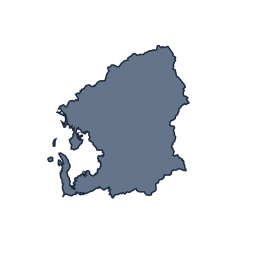 Puno, Puno, Peru (Albers equal-area conic projection), rotated 206°
{"feature_id": "86281439B67596976235519", "entity_name": "Puno", "entity_type": "district", "adm_level": 2, "iso_a3": "PER", "parent_name": "Peru", "parent_adm1": "Puno", "projection": "albers", "projection_center": [-69.905, -16.067], "detail": "fine", "context": "isolated", "style": "filled", "palette": "slate", "viewbox_px": 256, "rotation_deg": 206, "n_neighbors": 0, "source": "geoboundaries", "source_scale": "gbopen_adm2", "svg_char_len": 5820}
<svg xmlns="http://www.w3.org/2000/svg" viewBox="0 0 256 256"><g transform="rotate(206 128 128)"><path d="M198.7,115.1L198.4,115.6L197.9,115.4L197.8,115.9L196.8,115.8L195.2,114.2L192.3,113.5L192.0,112.6L190.7,113.0L189.2,112.0L187.7,110.2L187.0,108.1L186.4,108.3L186.5,107.0L185.7,107.1L185.2,105.4L184.4,105.6L181.6,104.5L180.8,102.8L180.0,102.5L179.5,103.0L179.2,103.6L179.9,104.3L179.3,105.2L179.0,103.8L177.7,103.4L176.8,102.3L176.4,104.1L175.9,102.9L176.4,102.8L176.5,102.7L175.1,101.5L174.4,98.6L174.7,97.9L174.0,97.7L173.6,95.4L174.5,94.1L174.5,92.6L175.6,91.9L173.0,89.0L171.1,88.1L170.4,85.0L169.7,84.2L168.8,84.8L166.2,84.8L166.8,84.8L164.1,88.1L164.4,90.5L163.8,91.3L164.0,92.4L163.0,93.6L163.0,95.2L163.4,97.2L163.8,96.8L165.1,97.4L165.4,96.1L166.4,96.0L166.5,97.4L167.7,96.9L168.2,97.3L167.8,98.5L167.2,98.7L167.7,99.4L168.8,99.4L168.3,98.0L169.1,97.9L169.0,97.2L170.7,98.9L170.8,99.5L169.9,99.5L169.8,100.1L170.9,99.7L171.3,100.1L170.8,101.3L172.0,100.4L173.0,100.9L173.3,104.4L173.8,104.8L172.8,106.6L172.3,105.5L169.3,105.6L168.2,103.9L165.0,103.9L165.5,105.4L165.1,105.8L163.6,103.7L164.1,105.1L163.2,106.2L163.8,107.3L162.6,106.5L161.5,107.1L160.7,106.5L160.3,104.7L158.2,103.1L158.2,100.8L156.9,99.5L155.8,99.9L152.8,99.1L152.4,98.1L147.9,96.3L146.2,94.6L141.5,96.7L140.5,96.0L140.4,95.0L138.6,94.6L138.1,92.7L138.8,92.4L138.0,92.2L138.1,91.4L141.4,90.5L142.5,89.7L141.8,87.3L140.8,86.8L140.0,85.1L139.5,85.5L138.8,85.2L139.0,85.9L138.0,85.5L137.2,84.8L136.4,82.6L135.6,82.0L135.9,81.1L135.5,79.7L135.9,78.7L137.2,77.9L136.8,76.1L136.4,76.3L135.7,74.9L136.4,74.0L136.3,72.8L136.9,72.8L137.0,72.2L137.3,72.5L138.0,70.1L139.1,69.3L142.3,69.9L143.2,71.5L144.5,72.2L146.0,71.6L146.5,70.9L146.1,70.1L147.3,69.5L146.2,69.4L147.5,69.4L145.5,68.0L146.5,68.1L146.5,66.7L145.8,66.6L145.6,66.0L146.3,66.6L146.9,65.8L147.5,66.3L147.2,66.8L148.5,67.5L148.1,66.8L148.7,67.0L149.8,65.7L149.6,64.8L150.4,64.5L149.7,64.6L149.8,64.1L150.3,64.3L151.7,62.8L151.8,60.6L152.6,60.9L153.2,60.3L153.6,58.8L152.9,57.9L151.5,57.9L151.0,58.7L151.6,57.4L151.1,57.0L151.8,57.2L152.0,56.6L152.1,57.2L153.0,54.6L152.0,54.4L151.6,53.3L151.5,54.3L150.7,54.2L151.1,52.9L152.0,52.3L151.5,51.5L151.6,52.1L151.1,52.1L151.3,51.4L153.4,51.1L152.2,50.4L152.3,50.8L151.9,50.7L151.6,49.9L149.8,50.7L149.7,50.0L148.9,49.7L149.2,49.2L150.7,49.8L151.8,49.4L153.2,50.7L154.7,50.5L156.8,54.1L156.7,54.9L158.2,55.9L158.5,57.1L160.9,58.3L162.4,59.8L163.9,62.0L163.1,63.7L163.0,67.6L163.9,69.2L166.2,70.8L167.4,72.5L172.0,75.4L177.5,76.0L178.9,74.9L177.4,73.3L172.8,70.4L170.1,67.5L170.8,66.3L174.1,68.6L175.7,69.0L176.3,68.6L174.8,64.9L173.4,64.1L173.1,65.4L171.6,65.6L169.8,64.2L169.2,63.1L169.5,62.3L168.5,61.2L169.4,59.8L168.5,59.7L168.1,58.7L169.2,57.7L166.8,54.1L164.3,52.3L163.2,49.9L161.5,49.4L161.7,47.8L160.9,45.9L159.3,43.6L157.3,42.1L156.3,39.8L156.6,37.2L156.1,39.6L154.9,41.5L150.3,41.9L148.6,42.7L148.1,44.0L145.5,46.0L146.4,46.5L146.5,47.7L145.2,48.1L144.6,47.5L143.7,47.7L142.5,48.8L142.6,47.3L141.7,47.0L140.5,48.5L139.2,48.5L138.6,49.4L141.1,49.7L137.0,50.6L134.4,54.0L132.0,56.2L130.2,59.8L128.0,61.2L128.3,62.5L122.4,61.7L119.1,66.7L118.4,66.3L118.8,64.8L118.0,64.7L117.5,63.9L117.0,64.2L117.4,63.3L117.0,63.5L115.6,62.1L115.8,60.9L115.3,61.2L115.0,60.2L113.5,60.5L112.4,58.9L112.0,59.2L110.9,58.6L110.3,62.5L107.9,63.8L106.1,66.1L105.0,66.2L104.2,67.6L101.9,67.3L100.8,70.2L98.6,70.7L94.3,77.1L92.7,75.7L90.1,75.5L85.2,77.8L84.2,76.8L82.0,76.0L79.0,77.1L77.7,78.3L78.4,80.2L76.2,82.9L75.7,84.9L78.6,89.9L77.9,91.3L76.7,92.1L77.3,94.4L76.5,95.9L75.0,96.5L74.7,97.3L74.0,99.5L74.6,101.7L69.7,104.1L68.9,105.7L69.6,107.3L69.4,109.5L66.0,111.5L64.1,114.1L59.0,114.3L57.3,115.1L57.7,116.0L59.5,117.3L61.1,119.7L62.2,120.0L62.8,121.9L64.0,123.0L65.1,122.4L65.5,123.7L69.2,123.9L71.7,125.6L74.4,123.1L75.5,123.4L76.4,127.3L78.5,128.5L79.1,129.5L79.9,129.4L81.0,131.2L80.5,133.4L81.3,134.0L80.3,136.4L81.2,140.8L83.2,142.0L83.9,143.6L85.4,144.9L86.4,147.0L86.2,148.5L87.4,149.8L90.4,148.7L92.1,149.4L92.8,151.4L92.4,153.6L91.3,154.4L89.7,157.3L90.4,159.4L89.3,162.6L89.9,163.7L89.5,164.9L90.6,167.6L89.5,170.1L89.6,171.5L88.0,173.7L88.0,174.5L85.9,174.7L85.8,175.6L84.2,177.3L88.0,179.5L87.4,181.2L89.2,181.9L91.6,181.3L92.7,182.2L94.1,184.4L93.9,186.3L95.5,186.8L94.4,190.0L96.3,191.6L104.8,195.6L107.0,195.8L111.2,201.0L113.5,200.7L114.1,203.7L114.9,204.4L115.2,207.9L114.8,209.4L115.8,210.4L116.3,212.4L118.8,212.7L120.5,214.7L127.9,218.8L130.6,216.3L132.6,216.3L133.5,214.6L136.2,215.6L137.2,215.1L137.5,214.0L136.7,211.1L137.3,209.8L139.3,209.5L140.3,208.1L142.2,207.0L146.0,202.3L146.3,200.8L149.5,199.4L151.7,197.1L153.4,197.9L154.8,197.8L156.3,196.2L156.4,194.8L158.8,190.8L158.0,189.2L160.9,186.4L162.3,183.1L162.8,179.6L164.8,178.2L168.5,178.4L170.5,177.2L170.9,175.1L172.7,173.6L171.2,171.5L170.0,170.8L170.7,167.3L169.4,160.4L174.1,157.8L175.5,155.4L176.3,150.9L177.1,151.3L177.7,150.0L178.8,149.2L181.5,149.9L184.3,147.7L184.8,143.8L186.6,142.4L186.2,140.6L187.2,140.6L186.6,139.3L186.9,137.5L188.3,137.4L189.9,135.4L185.7,132.6L184.9,131.0L187.1,130.7L188.0,128.4L189.9,128.4L191.9,126.9L192.5,125.9L192.6,120.1L193.4,119.6L195.9,120.6L197.0,119.8L198.7,117.3L198.7,115.1ZM184.4,63.5L183.0,63.8L181.3,65.6L182.8,68.3L185.1,67.7L185.3,66.6L186.4,65.6L186.1,64.6L184.4,63.5ZM188.9,81.9L187.1,79.0L185.9,79.7L187.9,84.3L188.0,86.5L189.0,85.4L188.9,81.9ZM190.3,104.6L185.8,100.7L184.6,101.7L184.7,102.0L184.9,102.2L185.6,101.2L185.1,102.3L185.3,103.4L183.7,104.8L184.5,105.2L185.7,103.9L187.2,103.5L187.8,103.8L187.5,104.1L190.3,104.6ZM198.7,111.0L189.5,111.0L187.5,107.9L187.1,105.9L187.5,104.3L187.0,104.3L187.2,107.8L189.5,111.5L195.3,111.3L195.8,112.7L196.6,111.5L198.5,111.5L198.7,111.0ZM166.6,101.3L167.1,100.5L166.8,98.9L165.5,100.4L165.7,101.4L166.6,101.3Z" fill="#64748b" stroke="#1e293b" stroke-width="1.5"/></g></svg>